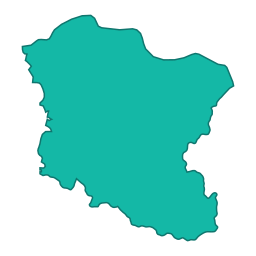 map outline of Branicevski (Mercator projection)
{"feature_id": "SRB-279", "entity_name": "Branicevski", "entity_type": "District", "adm_level": 1, "iso_a3": "SRB", "parent_name": "Republic of Serbia", "parent_adm1": "", "projection": "mercator", "projection_center": [21.622, 44.446], "detail": "fine", "context": "isolated", "style": "filled", "palette": "teal", "viewbox_px": 256, "rotation_deg": 0, "n_neighbors": 0, "source": "natural_earth", "source_scale": "10m", "svg_char_len": 5908}
<svg xmlns="http://www.w3.org/2000/svg" viewBox="0 0 256 256"><path d="M90.7,15.4L90.8,15.4L94.6,18.3L98.3,26.2L101.7,27.8L119.7,29.8L132.6,28.8L136.8,29.9L140.5,33.4L142.3,38.2L143.6,43.6L145.6,48.9L153.3,56.7L163.6,59.9L174.6,59.8L184.0,57.8L191.8,54.5L195.4,53.5L198.9,54.2L218.0,64.3L224.7,65.4L226.8,67.4L232.7,81.8L233.6,85.9L229.5,88.3L223.4,94.8L221.4,97.1L219.6,98.7L217.8,101.0L217.0,102.1L216.7,102.8L216.6,103.4L216.5,104.8L216.4,105.3L216.1,105.7L215.7,105.9L215.4,106.0L214.0,106.2L212.9,106.6L212.3,106.9L211.7,107.4L211.1,108.1L211.6,109.0L211.9,109.8L212.2,110.6L212.3,111.5L212.2,112.5L212.2,113.9L212.1,114.4L211.9,114.8L211.1,116.0L210.8,116.4L210.5,117.5L210.1,119.5L210.0,120.0L209.7,120.5L208.9,121.6L208.7,122.1L208.5,122.6L208.4,123.2L208.3,123.9L208.4,124.5L208.5,125.2L209.5,127.5L209.8,128.8L210.0,129.6L210.0,130.2L209.8,130.9L208.9,133.1L208.6,133.6L208.2,134.1L207.9,134.3L207.4,134.4L206.8,134.5L205.4,134.5L204.7,134.4L203.2,134.1L202.5,134.1L201.6,134.4L201.0,134.7L200.2,135.6L200.0,136.0L199.4,137.1L198.9,137.8L198.4,138.4L197.7,138.9L197.2,139.4L197.0,139.8L196.0,142.2L195.5,143.0L195.1,143.2L194.7,143.4L194.1,143.5L193.7,143.4L191.7,142.5L191.0,142.4L190.4,142.4L189.8,142.5L189.4,142.6L188.6,143.1L188.2,143.5L188.0,143.9L187.8,144.3L187.6,145.1L187.4,148.4L187.2,149.1L186.9,150.0L186.6,150.5L186.1,151.0L185.6,151.5L184.1,152.3L183.6,152.7L183.1,153.5L182.7,154.3L182.6,155.0L182.5,156.6L182.6,158.2L182.7,159.0L182.9,159.5L183.2,159.9L183.5,160.2L185.5,161.8L186.1,162.7L186.4,163.5L186.5,164.1L186.4,164.7L186.1,165.3L185.4,166.4L185.2,167.0L185.2,167.7L185.3,168.3L186.4,170.6L187.0,172.1L189.4,171.6L192.5,170.7L193.2,170.6L193.8,170.6L194.5,170.6L195.1,170.8L195.6,171.1L196.7,172.1L197.5,172.4L198.8,172.8L199.8,173.2L200.5,173.8L202.5,176.0L203.0,176.9L203.5,178.3L203.6,179.0L203.5,180.4L203.5,181.0L204.1,183.3L204.1,183.9L203.8,185.3L203.8,186.2L203.8,186.6L204.2,187.6L204.3,188.4L204.4,189.2L204.3,190.1L203.9,192.4L203.9,193.7L204.0,194.3L204.2,194.8L204.5,195.1L205.9,196.3L206.8,197.3L207.3,197.9L207.8,198.2L208.2,198.3L208.5,198.2L209.0,197.9L209.5,197.5L210.3,196.6L211.8,194.6L212.3,194.1L212.8,193.6L213.3,193.3L214.1,192.9L214.5,192.8L215.1,192.8L215.9,193.1L216.3,193.4L216.6,193.7L216.8,194.2L216.9,194.6L216.8,195.0L216.7,195.4L215.9,196.5L215.7,196.9L215.5,197.4L215.5,198.0L215.6,198.4L216.0,199.4L216.8,201.3L217.1,202.5L217.1,203.2L217.1,203.9L217.0,204.6L216.6,206.2L216.5,207.6L216.6,210.4L216.8,211.9L217.0,212.8L217.1,213.5L217.0,214.2L216.8,214.8L216.4,215.6L215.9,216.1L214.8,217.1L214.4,217.6L214.2,218.0L214.2,218.4L214.3,218.9L214.7,220.0L214.8,220.7L215.1,223.2L215.3,224.0L215.5,224.4L215.7,224.9L217.2,226.4L217.6,226.9L217.6,227.5L217.5,227.9L217.2,228.4L216.1,230.0L215.5,230.8L215.1,231.1L214.7,231.4L214.2,231.6L213.4,231.7L211.8,231.8L207.5,231.7L206.7,231.8L205.4,232.1L204.4,232.5L203.0,233.2L201.7,234.0L200.7,234.6L198.4,236.3L197.9,236.8L196.4,238.6L195.8,239.3L195.2,239.7L194.8,239.8L194.3,239.9L193.7,239.9L191.4,239.7L190.7,239.7L188.8,240.4L187.7,240.6L187.4,240.6L185.6,239.5L183.4,238.0L182.7,237.8L182.1,237.9L179.6,239.0L179.0,239.2L178.4,239.2L178.0,239.2L177.0,238.9L175.6,238.2L174.4,237.5L173.2,235.9L172.1,234.5L171.6,234.0L171.3,233.8L170.2,233.5L168.1,233.2L167.5,233.2L167.0,233.3L166.6,233.5L165.0,234.7L163.7,235.4L163.1,235.5L162.1,235.7L161.2,235.6L160.0,235.0L158.4,234.5L157.9,234.3L157.5,233.9L157.1,233.4L156.9,233.0L156.4,230.8L156.1,230.3L155.8,229.9L153.4,228.0L152.8,227.6L151.8,227.2L150.7,226.8L149.6,226.6L149.0,226.6L147.4,226.8L146.1,226.9L145.5,226.8L143.1,226.0L142.3,225.9L141.4,225.9L140.6,226.1L139.5,226.7L138.6,226.8L138.1,226.7L137.5,226.5L135.3,225.4L133.6,225.1L132.6,224.8L131.8,224.3L131.5,224.0L131.3,223.5L131.1,222.5L130.4,220.6L130.1,218.9L130.0,218.5L129.6,218.0L128.9,217.5L127.6,216.8L127.0,216.3L126.5,215.6L125.5,214.3L124.8,213.6L123.2,212.4L120.3,209.7L118.8,207.7L117.7,206.4L116.4,207.0L115.1,207.2L114.0,207.4L113.0,207.2L112.5,207.0L111.0,206.1L110.5,205.6L109.2,204.0L108.6,203.5L108.2,203.2L107.4,202.8L106.9,202.7L106.3,202.6L102.1,203.0L101.3,203.2L100.8,203.4L100.3,203.6L99.7,204.1L99.2,204.6L98.9,205.0L98.4,206.0L98.1,206.5L97.8,206.7L94.4,206.7L92.7,206.9L92.0,206.9L91.4,206.8L91.0,206.7L90.2,206.2L89.8,205.9L89.5,205.2L89.4,204.7L89.6,204.2L90.7,202.8L91.0,202.1L91.7,200.2L92.4,198.5L92.5,197.9L92.5,197.3L92.3,196.9L92.0,196.4L91.5,196.1L91.0,195.9L89.3,195.7L88.7,195.5L87.9,195.0L87.4,194.6L86.7,193.2L85.6,191.4L85.3,190.8L85.2,190.2L85.2,189.6L85.4,188.7L85.4,188.1L85.3,187.4L85.0,186.6L84.5,185.7L84.0,185.1L83.5,184.5L81.2,182.8L76.5,178.7L75.5,181.3L74.9,182.7L74.6,183.4L74.0,185.8L73.6,186.6L73.0,187.5L71.3,189.4L71.0,189.6L70.7,189.7L70.3,189.7L69.7,189.5L68.1,188.6L67.6,188.4L66.4,188.1L64.3,187.9L63.6,187.7L62.7,187.3L61.5,186.1L60.6,184.9L60.3,184.3L60.1,183.6L59.8,181.8L59.5,181.3L59.2,181.0L56.7,179.2L54.7,177.9L54.1,177.6L53.5,177.4L51.4,177.1L50.8,177.0L50.2,176.8L49.8,176.5L48.9,175.7L48.4,175.3L47.6,175.0L46.8,174.9L45.8,174.9L43.0,175.5L40.0,173.8L40.0,171.8L41.4,171.8L41.4,170.0L40.0,170.0L40.0,167.8L43.7,168.1L45.3,166.4L44.6,164.0L41.4,161.9L42.4,158.2L41.5,156.4L39.8,155.3L38.5,153.7L37.9,150.6L38.2,148.9L38.9,147.2L40.0,143.6L40.9,138.7L42.4,134.4L45.6,131.6L51.5,131.5L50.8,129.2L49.6,127.7L47.9,126.5L45.7,125.4L47.3,119.3L48.9,120.5L49.5,120.5L50.1,119.9L51.5,119.3L50.4,118.8L49.7,118.1L48.9,117.5L47.3,117.1L48.2,112.5L48.6,111.1L47.3,111.1L45.7,112.2L44.8,109.4L43.2,105.9L40.0,105.0L40.0,103.0L42.9,100.2L44.3,97.2L44.3,93.5L42.9,88.8L41.2,85.0L39.5,83.1L37.0,82.6L32.6,82.5L33.2,76.9L28.7,69.7L31.3,66.3L30.2,64.8L27.1,61.7L25.4,60.4L25.8,59.0L26.5,55.5L27.0,54.1L24.7,53.8L23.2,52.3L22.5,49.6L22.4,46.5L31.1,45.2L36.4,41.0L38.4,39.7L41.2,39.5L46.5,39.9L49.3,38.8L51.0,36.1L52.6,32.8L54.5,29.8L61.6,24.3L71.6,19.2L82.1,15.8L90.7,15.4Z" fill="#14b8a6" stroke="#0f766e" stroke-width="1.5"/></svg>